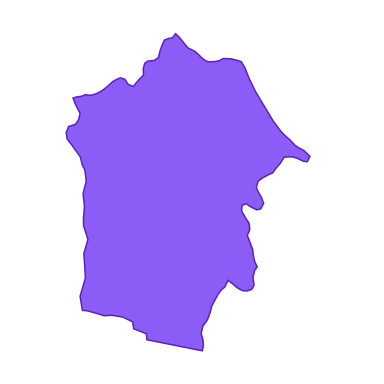 Paraipaba, Ceará, Brazil, rotated 355°
{"feature_id": "56859067B23139491669089", "entity_name": "Paraipaba", "entity_type": "district", "adm_level": 2, "iso_a3": "BRA", "parent_name": "Brazil", "parent_adm1": "Ceará", "projection": "equal_earth", "projection_center": [-39.165, -3.424], "detail": "fine", "context": "isolated", "style": "filled", "palette": "violet", "viewbox_px": 384, "rotation_deg": 355, "n_neighbors": 0, "source": "geoboundaries", "source_scale": "gbopen_adm2", "svg_char_len": 1786}
<svg xmlns="http://www.w3.org/2000/svg" viewBox="0 0 384 384"><g transform="rotate(355 192 192)"><path d="M312.6,166.8L307.0,160.4L302.5,157.4L299.1,154.9L294.2,148.8L287.8,141.9L285.1,138.2L281.6,132.5L278.8,127.8L264.3,98.1L258.7,83.6L255.7,73.3L252.4,66.4L247.4,64.4L242.8,62.8L238.0,62.1L234.4,61.8L230.9,63.6L225.3,64.1L219.1,63.6L215.2,61.0L211.8,57.3L207.3,52.2L200.5,48.1L196.2,41.8L192.8,36.7L189.4,32.9L185.8,36.7L181.8,37.0L177.7,38.3L174.5,44.1L172.1,49.6L170.4,55.0L165.7,57.7L159.3,57.7L156.1,59.7L154.2,64.9L153.9,71.2L148.0,76.3L142.7,81.7L137.8,79.3L135.0,73.9L130.7,72.0L127.3,73.0L122.8,75.0L116.8,79.6L110.9,83.4L105.7,85.6L99.4,86.9L94.3,85.7L90.4,87.0L85.5,87.2L81.7,88.0L83.6,94.6L87.3,103.9L85.4,110.0L81.8,114.4L74.8,116.0L71.8,122.0L72.3,128.5L75.9,134.0L83.8,147.3L85.1,155.8L87.2,160.5L87.6,172.0L83.4,184.0L83.6,197.2L81.6,208.6L81.0,216.0L84.2,230.2L78.9,243.9L78.7,256.0L78.3,268.5L71.4,286.2L72.5,300.4L77.2,301.2L85.3,304.2L89.1,305.7L93.8,307.7L99.8,307.7L103.4,308.3L112.0,310.5L121.6,316.2L122.0,323.2L134.2,329.3L134.2,335.3L188.4,351.1L189.9,346.6L190.1,340.7L188.8,333.7L191.1,326.6L196.3,320.6L199.3,314.3L201.8,307.3L205.3,301.9L209.2,296.0L212.9,291.8L216.3,289.7L220.2,283.1L224.0,286.6L227.1,289.8L230.2,292.5L234.5,295.0L238.9,295.3L243.0,294.3L245.7,290.2L245.3,282.4L247.5,275.8L250.4,272.2L248.5,267.2L247.6,260.9L247.5,254.7L245.3,246.9L243.3,240.0L246.3,234.5L246.2,228.2L242.6,221.5L239.8,215.2L240.8,209.7L244.9,208.4L248.7,211.5L251.8,213.6L255.1,215.4L258.9,214.9L262.4,209.6L260.6,203.1L258.1,198.0L256.5,193.1L258.7,187.1L263.1,184.3L269.7,181.4L274.1,180.0L277.8,175.6L282.2,171.4L286.9,165.3L292.3,165.5L296.1,166.0L300.6,168.1L305.7,171.1L309.5,171.9L312.6,166.8Z" fill="#8b5cf6" stroke="#5b21b6" stroke-width="1.5"/></g></svg>